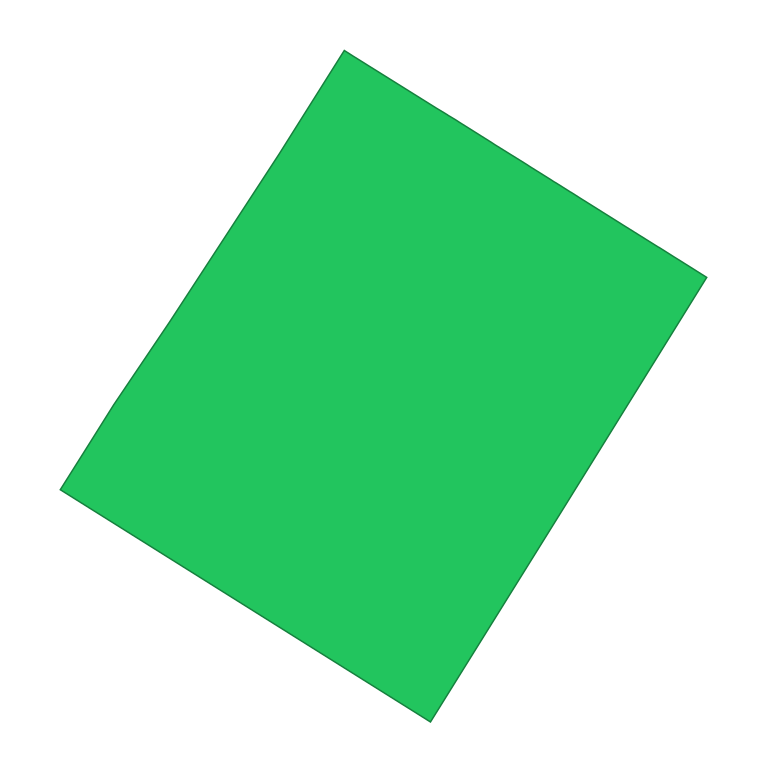 Perkins, South Dakota, United States of America, rotated 32°
{"feature_id": "52423323B24972469519147", "entity_name": "Perkins", "entity_type": "district", "adm_level": 2, "iso_a3": "USA", "parent_name": "United States of America", "parent_adm1": "South Dakota", "projection": "natural_earth1", "projection_center": [-102.448, 45.492], "detail": "fine", "context": "isolated", "style": "filled", "palette": "green", "viewbox_px": 768, "rotation_deg": 32, "n_neighbors": 0, "source": "geoboundaries", "source_scale": "gbopen_adm2", "svg_char_len": 722}
<svg xmlns="http://www.w3.org/2000/svg" viewBox="0 0 768 768"><g transform="rotate(32 384 384)"><path d="M173.6,122.2L173.2,244.7L169.3,444.8L165.8,545.0L165.7,595.1L165.5,645.2L602.5,646.0L602.1,395.0L601.2,122.6L573.8,122.5L562.8,122.5L561.7,122.5L544.9,122.4L544.5,122.5L540.1,122.5L535.5,122.5L530.5,122.5L529.7,122.5L529.1,122.5L521.2,122.5L502.5,122.5L452.4,122.4L441.0,122.3L440.6,122.4L423.1,122.3L421.5,122.4L420.5,122.4L417.0,122.3L415.1,122.3L410.6,122.3L408.3,122.3L398.7,122.3L392.7,122.3L389.1,122.2L385.3,122.2L351.2,122.3L347.8,122.2L309.6,122.1L305.5,122.0L298.7,122.1L296.0,122.2L295.3,122.1L281.3,122.3L201.7,122.3L183.4,122.3L173.6,122.2Z" fill="#22c55e" stroke="#15803d" stroke-width="1.5"/></g></svg>